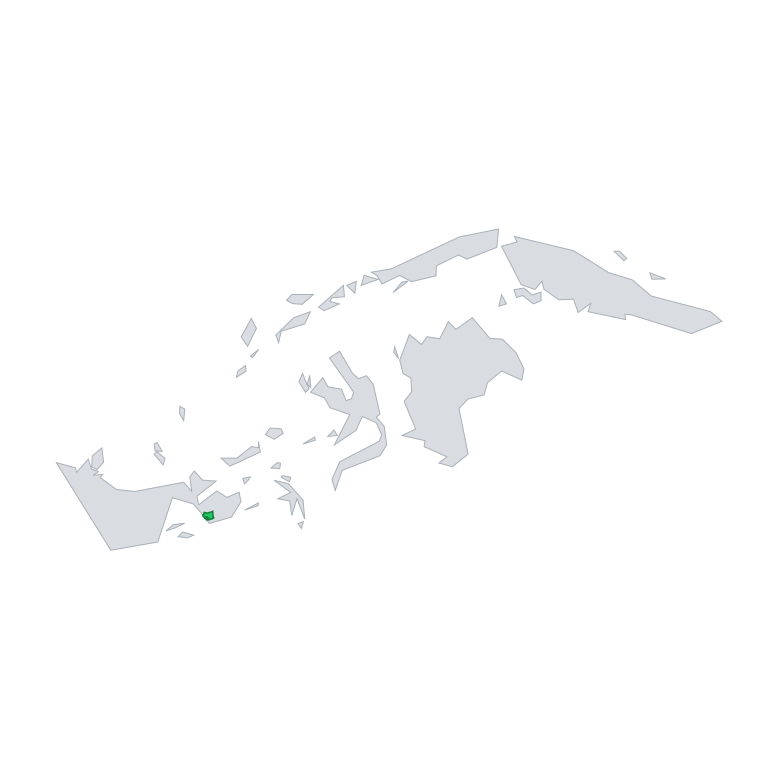 Pegunungan Arfak, Papua Barat, Indonesia (highlighted), rotated 148°
{"feature_id": "22746128B30560862468368", "entity_name": "Pegunungan Arfak", "entity_type": "district", "adm_level": 2, "iso_a3": "IDN", "parent_name": "Indonesia", "parent_adm1": "Papua Barat", "projection": "robinson", "projection_center": [133.846, -1.202], "detail": "fine", "context": "in_parent", "style": "filled", "palette": "green", "viewbox_px": 768, "rotation_deg": 148, "n_neighbors": 0, "source": "geoboundaries", "source_scale": "gbopen_adm2", "svg_char_len": 6098}
<svg xmlns="http://www.w3.org/2000/svg" viewBox="0 0 768 768"><g transform="rotate(148 384 384)"><path d="M265.1,314.2L277.3,332.7L295.5,330.3L304.9,321.7L320.9,326.8L333.4,323.4L349.9,279.9L369.8,277.6L379.3,287.9L369.2,288.9L383.2,309.6L379.3,314.2L396.0,330.8L381.0,329.0L376.1,358.6L364.6,362.9L358.1,374.7L362.2,382.8L358.0,395.9L336.2,412.5L331.2,397.7L322.3,401.2L312.8,392.9L296.4,402.7L294.1,392.2L274.0,393.4L270.0,366.6L259.8,359.2L255.4,340.7L257.3,322.7L265.1,314.2ZM64.2,258.1L96.5,263.8L137.7,311.7L142.7,315.5L145.0,310.6L172.6,337.2L165.8,342.9L181.5,341.8L178.3,355.5L191.2,362.8L198.2,379.6L195.5,387.5L205.9,384.1L215.0,395.6L211.3,438.6L195.7,433.9L195.3,440.0L152.6,396.6L134.5,359.5L118.3,340.8L110.6,316.8L68.8,272.5L64.2,258.1ZM703.8,387.8L703.5,490.9L690.0,476.3L691.6,472.0L674.5,477.0L677.3,466.7L672.5,461.3L674.2,460.6L676.9,461.0L678.5,460.4L670.5,456.4L674.2,455.1L666.9,436.4L652.1,424.8L605.9,406.9L604.0,394.8L597.9,408.2L591.0,410.7L588.8,398.6L577.8,390.6L602.0,388.0L605.1,379.7L582.5,381.9L577.3,371.1L564.2,369.0L567.8,359.9L583.7,352.0L605.9,358.2L609.0,383.0L623.7,399.8L659.5,369.9L703.8,387.8ZM478.7,330.6L462.7,341.5L418.3,338.0L412.9,342.1L411.1,355.2L419.6,368.1L432.3,359.5L458.3,358.7L429.2,376.2L442.4,392.5L441.9,403.8L450.6,416.0L432.6,421.8L433.0,411.3L422.8,402.2L425.0,390.0L419.5,388.7L414.0,393.1L416.5,435.0L404.3,435.3L405.1,410.3L402.9,402.1L394.5,400.3L393.3,389.5L403.3,360.8L408.0,360.0L406.3,347.8L414.0,331.0L425.4,325.3L465.2,332.9L481.8,319.6L478.7,330.6ZM215.9,440.1L247.5,446.0L252.5,454.0L276.9,456.5L282.5,448.2L306.5,456.2L313.2,467.8L332.7,469.9L332.5,479.6L335.3,485.4L316.7,477.8L242.1,468.8L204.7,454.7L215.9,440.1ZM518.5,332.9L531.9,321.4L525.9,334.7L534.8,342.9L520.6,341.6L528.2,360.5L517.9,350.2L514.2,328.3L522.8,311.5L518.5,332.9ZM525.0,391.8L558.2,396.0L561.5,407.5L548.1,399.1L529.5,401.1L524.1,396.4L520.9,401.8L525.0,391.8ZM449.7,482.9L425.4,488.0L408.2,484.3L419.4,477.0L443.3,483.2L451.5,474.9L449.7,482.9ZM379.5,475.6L395.9,477.9L398.7,483.8L366.1,489.2L371.3,479.0L382.6,484.8L386.2,482.6L379.5,475.6ZM479.6,488.2L480.2,499.6L461.9,509.9L462.7,498.8L479.6,488.2ZM214.9,372.8L219.5,385.5L225.8,387.2L223.8,395.1L214.4,391.2L211.3,381.0L202.2,378.8L206.7,371.3L214.9,372.8ZM669.5,477.6L657.2,479.3L663.2,466.3L672.8,463.5L675.9,468.4L669.5,477.6ZM411.2,495.0L418.8,500.5L422.3,506.6L414.7,508.8L396.5,497.3L411.2,495.0ZM506.3,395.3L511.5,404.0L503.9,407.0L495.1,400.6L495.5,395.6L506.3,395.3ZM333.6,475.8L350.9,479.7L343.2,486.7L333.6,475.8ZM360.6,476.5L363.3,487.3L353.1,485.7L360.6,476.5ZM245.4,389.1L237.0,397.3L237.7,387.1L245.4,389.1ZM614.2,432.4L616.2,446.2L612.4,446.8L609.1,436.9L614.2,432.4ZM327.9,456.7L314.7,460.9L309.1,458.5L327.9,456.7ZM454.9,418.5L455.0,430.9L447.5,436.2L450.3,419.6L454.9,418.5ZM89.4,323.8L101.2,330.9L99.6,337.4L89.4,323.8ZM118.6,374.6L113.9,371.9L111.6,361.8L115.2,361.5L118.6,374.6ZM568.9,473.2L566.3,468.2L573.3,459.1L573.1,467.3L568.9,473.2ZM555.3,347.5L569.0,351.0L553.5,349.7L555.3,347.5ZM472.1,372.7L484.6,376.1L470.9,375.8L472.1,372.7ZM449.0,424.6L442.4,430.7L448.2,419.6L449.0,424.6ZM625.6,356.7L632.7,357.9L639.5,363.7L633.0,365.1L625.6,356.7ZM505.7,467.9L501.1,472.4L491.7,473.0L494.2,467.9L505.7,467.9ZM613.7,448.5L610.7,455.0L607.5,454.7L607.8,444.5L613.7,448.5ZM524.4,372.7L516.1,373.8L513.8,371.6L517.3,367.5L524.4,372.7ZM626.9,371.6L637.1,372.6L646.7,374.9L637.4,376.4L626.9,371.6ZM450.9,365.1L459.4,369.3L450.7,371.5L450.9,365.1ZM531.0,311.1L525.3,310.0L530.7,305.2L531.0,311.1ZM472.0,479.8L481.3,476.1L482.5,478.4L472.0,479.8ZM555.2,373.2L553.7,378.8L546.6,376.0L550.2,374.3L555.2,373.2ZM358.9,406.0L355.2,409.9L358.1,397.9L358.9,406.0ZM516.1,351.4L520.5,359.2L518.9,360.4L512.4,354.3L516.1,351.4Z" fill="#d9dde1" stroke="#a8b0b8" stroke-width="1"/><path d="M599.1,360.4L599.2,361.0L599.4,361.7L599.5,361.8L599.5,362.0L599.4,362.3L599.2,362.4L598.8,362.5L598.7,362.9L598.7,363.1L598.6,363.3L598.5,363.6L598.3,363.8L598.1,364.1L598.0,364.3L597.9,364.5L597.7,364.9L597.4,365.3L597.3,365.5L597.2,365.8L597.1,366.1L597.0,366.3L597.0,366.5L596.9,366.6L597.0,366.6L597.4,366.8L597.7,366.9L597.9,367.0L598.0,367.0L598.4,367.1L598.6,367.1L598.8,367.2L599.0,367.2L599.3,367.3L599.6,367.4L599.8,367.5L600.0,367.5L600.4,367.6L600.6,367.7L600.7,367.8L600.8,367.8L601.0,367.9L601.3,367.9L601.5,368.0L601.8,368.0L602.1,368.1L602.3,368.2L602.4,368.3L602.6,368.4L602.7,368.5L602.8,368.7L603.0,368.9L603.1,369.0L603.4,369.3L603.5,369.4L603.7,369.6L603.8,369.8L604.0,369.9L604.5,370.4L604.7,370.2L604.8,370.2L605.0,370.0L605.1,369.9L605.2,369.7L605.3,369.7L605.5,369.5L605.6,369.4L605.8,369.2L606.0,369.1L606.1,368.9L606.2,369.0L606.3,369.0L606.5,369.1L606.8,369.2L607.0,368.9L607.1,368.7L607.1,368.4L607.2,368.2L607.3,368.1L607.5,367.8L607.6,367.7L607.7,367.4L607.6,367.2L607.5,366.9L607.4,366.8L607.4,366.7L607.2,366.5L607.2,366.4L607.1,366.2L607.0,365.9L607.0,365.7L606.9,365.6L606.9,365.4L607.0,365.3L607.2,365.1L607.0,364.9L606.8,364.6L606.7,364.6L606.5,364.4L606.4,364.2L606.4,363.8L606.4,363.6L606.0,363.8L605.7,364.0L605.4,364.5L605.3,364.4L605.3,364.5L605.2,364.6L605.2,364.9L605.0,364.7L604.9,364.7L604.7,364.5L604.7,364.4L604.7,364.2L604.4,363.8L604.5,363.7L604.8,363.6L604.7,363.5L605.1,363.3L605.1,363.2L605.3,363.0L605.6,363.3L606.1,362.8L605.8,362.8L605.6,362.8L605.5,362.7L605.4,362.5L605.3,362.4L605.2,362.4L605.2,362.7L604.9,362.5L604.9,362.4L604.8,362.5L604.7,362.5L604.6,362.3L604.4,362.4L604.5,362.5L604.7,362.8L604.7,363.0L603.8,363.2L603.8,362.9L603.8,362.7L603.8,362.4L603.8,362.1L603.8,361.8L603.8,361.6L603.8,361.4L603.6,361.4L603.3,361.3L603.2,361.3L603.1,361.2L602.8,361.1L602.6,361.1L602.3,361.1L602.2,361.1L601.9,361.0L601.8,360.9L601.6,360.8L601.3,360.7L601.1,360.7L600.9,360.7L600.5,360.7L600.0,360.6L599.9,360.6L599.7,360.5L599.4,360.5L599.1,360.5L599.1,360.4ZM605.0,365.2L604.9,365.1L604.8,364.9L604.9,365.0L605.0,365.0L605.0,365.2ZM604.5,365.0L604.4,365.0L604.4,364.8L604.5,364.8L604.5,365.0ZM606.2,362.2L606.3,362.2L606.2,362.2ZM605.8,361.6L605.7,361.5L605.8,361.6L605.8,361.6Z" fill="#22c55e" stroke="#15803d" stroke-width="1.5"/></g></svg>